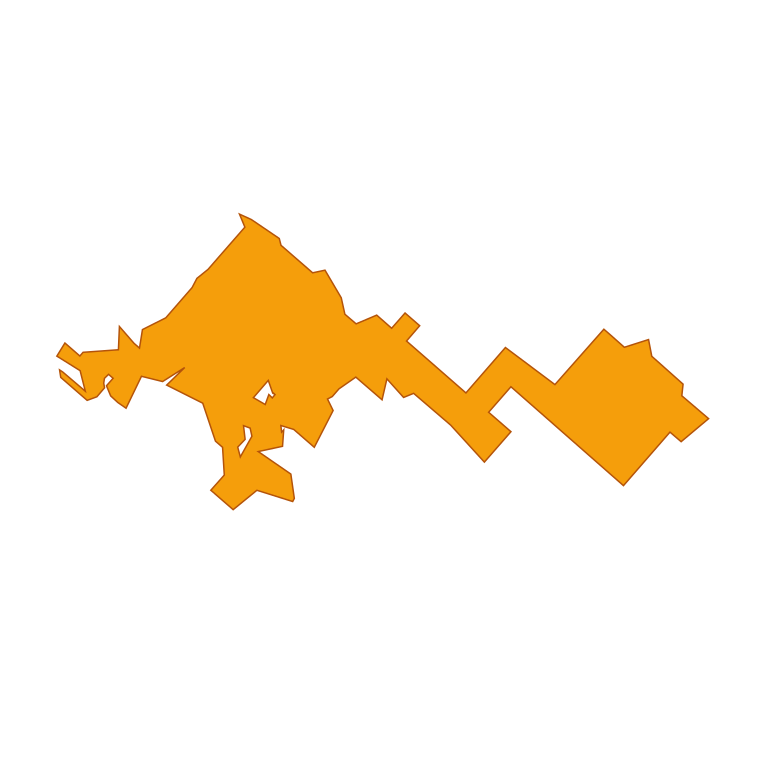 outline of Denver, Colorado, United States of America, rotated 41°
{"feature_id": "52423323B36183009250393", "entity_name": "Denver", "entity_type": "district", "adm_level": 2, "iso_a3": "USA", "parent_name": "United States of America", "parent_adm1": "Colorado", "projection": "equal_earth", "projection_center": [-104.927, 39.764], "detail": "fine", "context": "isolated", "style": "filled", "palette": "amber", "viewbox_px": 768, "rotation_deg": 41, "n_neighbors": 0, "source": "geoboundaries", "source_scale": "gbopen_adm2", "svg_char_len": 1600}
<svg xmlns="http://www.w3.org/2000/svg" viewBox="0 0 768 768"><g transform="rotate(41 384 384)"><path d="M176.0,346.9L163.5,350.6L176.1,356.9L176.0,395.8L176.0,412.9L173.5,427.0L175.9,437.1L175.9,467.2L175.9,477.2L166.0,501.4L175.9,517.3L168.7,517.3L146.6,514.2L161.1,532.4L136.1,557.5L136.1,562.4L135.5,562.4L116.3,562.4L118.8,577.6L145.9,573.3L163.3,585.4L133.8,585.7L129.9,586.2L135.7,591.1L170.7,591.1L175.7,582.0L175.6,570.2L171.9,567.2L169.3,563.1L169.8,557.4L175.8,557.4L175.7,567.4L185.5,572.3L195.2,572.6L205.2,571.5L195.9,537.3L215.3,527.4L222.8,502.3L220.7,527.4L259.8,517.4L294.3,537.7L303.7,537.7L323.2,557.5L323.0,577.8L352.6,577.8L357.8,547.6L392.2,532.6L391.4,529.2L372.8,513.1L333.4,517.5L348.3,497.6L338.4,484.4L338.4,484.7L339.1,485.6L338.4,485.6L338.3,487.5L333.4,483.0L345.7,477.5L372.9,477.5L363.0,437.4L351.2,432.4L353.2,427.4L353.2,417.2L358.2,397.3L392.9,397.2L382.8,378.2L407.6,381.3L412.5,371.6L461.4,371.3L511.0,377.1L511.1,336.7L481.5,336.7L481.6,302.8L631.4,303.6L631.4,232.7L646.1,232.6L651.7,197.2L616.5,197.5L609.8,187.9L567.9,187.4L554.5,176.9L541.3,198.6L521.8,198.4L514.0,198.4L513.4,272.3L451.7,276.8L451.7,337.0L372.8,336.8L372.7,316.6L353.3,316.6L353.2,336.9L333.3,336.8L323.5,356.9L308.7,357.0L295.2,347.0L264.8,336.8L257.2,346.9L215.3,346.9L209.5,342.9L176.0,346.9ZM294.4,480.0L294.3,457.2L306.0,463.9L306.5,463.9L306.5,463.4L307.3,463.4L307.3,463.5L308.7,463.5L308.8,467.8L304.0,467.5L307.8,477.4L294.4,480.0ZM305.3,507.6L311.9,505.1L318.6,510.1L323.4,533.3L315.0,527.6L315.5,516.9L305.3,507.6Z" fill="#f59e0b" stroke="#b45309" stroke-width="1.5"/></g></svg>